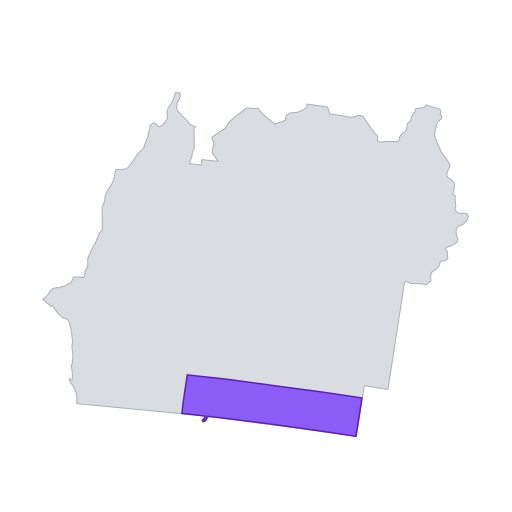 Halfa, Northern, Sudan (highlighted), rotated 187°
{"feature_id": "16777658B39778167930026", "entity_name": "Halfa", "entity_type": "district", "adm_level": 2, "iso_a3": "SDN", "parent_name": "Sudan", "parent_adm1": "Northern", "projection": "orthographic", "projection_center": [30.005, 21.349], "detail": "fine", "context": "in_parent", "style": "filled", "palette": "violet", "viewbox_px": 512, "rotation_deg": 187, "n_neighbors": 0, "source": "geoboundaries", "source_scale": "gbopen_adm2", "svg_char_len": 4587}
<svg xmlns="http://www.w3.org/2000/svg" viewBox="0 0 512 512"><g transform="rotate(187 256 256)"><path d="M356.1,408.4L351.4,408.5L350.9,407.4L350.9,404.4L351.4,402.1L353.1,398.4L352.7,396.5L352.9,393.6L351.6,390.4L340.2,381.4L338.0,378.9L331.9,376.7L333.0,374.1L330.3,355.1L331.5,352.8L331.8,349.5L331.7,346.6L333.1,341.7L333.2,339.6L321.3,339.7L321.2,341.8L321.8,344.1L321.7,345.0L305.1,345.4L311.9,352.8L312.2,356.0L311.8,360.1L311.9,362.7L312.3,364.4L314.2,367.7L314.0,368.4L313.6,369.2L301.9,379.3L299.9,383.9L298.4,386.3L294.9,390.4L284.2,401.1L282.4,401.9L274.1,402.3L273.3,402.5L272.7,403.0L272.3,402.9L265.2,396.7L253.4,389.3L245.5,393.1L243.3,394.6L243.3,398.2L242.1,400.0L240.0,402.0L234.2,403.2L231.1,404.3L227.5,406.3L224.0,409.7L223.7,411.4L224.1,413.0L204.0,412.7L202.7,411.5L199.8,405.8L197.8,406.2L179.5,405.2L176.9,405.7L171.6,407.9L169.0,408.2L166.3,407.1L156.8,395.9L154.8,394.5L152.6,391.8L150.6,390.6L149.9,389.8L149.7,388.6L149.8,386.2L149.1,384.6L147.6,384.2L134.7,386.4L132.9,386.1L130.2,386.5L129.3,386.9L128.1,388.3L127.9,391.3L127.5,392.8L126.5,394.5L122.8,398.1L122.0,399.7L122.1,403.8L121.8,405.9L121.2,406.8L119.6,408.3L119.0,409.2L118.3,414.5L116.2,417.6L115.7,418.7L115.6,421.0L115.3,421.7L109.4,423.3L107.2,424.4L105.8,426.1L105.5,426.9L103.0,426.1L99.8,425.5L93.8,424.7L91.4,423.8L90.2,422.5L90.6,419.3L90.1,418.6L89.1,418.0L88.5,416.6L88.6,415.0L91.9,411.4L92.6,409.5L93.6,400.3L93.4,397.4L91.0,392.1L85.4,382.9L84.0,381.1L76.9,373.4L76.1,372.2L74.4,369.0L76.5,362.3L76.6,360.4L76.2,358.4L74.4,356.9L72.8,356.6L70.7,354.7L69.3,353.8L68.1,352.1L67.3,349.8L68.1,341.7L67.7,340.6L65.9,340.3L65.5,339.7L65.6,338.1L64.7,333.5L63.7,329.6L64.4,327.5L62.9,324.6L60.0,323.2L54.2,323.8L52.5,323.6L51.2,323.0L50.4,321.9L50.0,320.6L50.5,318.7L52.2,315.4L54.3,312.7L58.6,310.3L59.7,309.0L60.4,307.5L60.5,305.7L60.3,303.9L59.9,302.2L58.8,299.9L57.7,297.2L57.8,295.4L58.3,294.2L59.5,292.7L63.7,289.9L68.0,287.6L68.7,286.8L68.5,285.7L66.6,283.5L66.1,279.5L65.2,276.7L67.4,274.7L69.0,274.0L71.4,273.5L72.4,272.7L72.7,271.0L72.7,269.4L73.6,268.3L74.9,265.8L75.9,264.6L79.2,261.8L80.0,259.9L80.2,258.1L79.5,252.4L81.5,250.1L83.9,248.2L87.2,248.5L92.5,248.3L96.1,247.7L98.7,247.8L104.4,249.1L105.1,248.6L105.4,247.2L108.8,139.6L132.4,140.4L132.7,140.3L134.4,89.3L282.0,91.1L283.2,90.9L285.5,86.1L286.5,85.8L288.0,86.0L288.5,87.1L287.3,91.0L415.9,87.6L416.4,93.4L417.7,98.0L421.6,104.5L424.9,108.0L426.1,109.9L426.2,110.8L426.1,111.7L425.1,110.7L423.5,110.1L423.4,113.3L424.5,119.6L426.0,124.0L425.2,128.2L425.6,135.2L427.7,143.5L427.6,148.9L430.8,161.3L433.7,168.1L435.2,169.8L436.9,170.6L440.1,171.0L444.8,174.3L448.6,177.9L450.0,179.8L451.9,181.8L453.1,181.4L453.8,180.8L455.1,182.4L461.1,185.8L462.0,187.5L460.0,189.3L457.7,192.4L456.6,195.2L456.1,196.1L454.2,197.9L453.9,198.7L453.1,199.3L452.2,199.4L450.2,200.4L448.4,200.2L446.6,200.8L446.0,201.5L444.6,202.1L442.7,202.5L439.7,205.0L437.1,206.2L436.2,207.2L435.0,211.8L434.1,213.1L430.1,213.4L428.2,213.9L425.6,213.5L424.3,213.6L424.0,214.6L423.7,218.5L423.8,220.2L421.7,224.8L422.7,233.1L420.7,239.5L420.5,240.9L418.5,246.0L417.4,247.9L414.9,257.3L413.9,260.2L411.7,263.3L414.7,285.4L412.9,292.3L413.1,296.0L411.9,301.5L410.8,304.1L409.1,307.2L407.7,310.7L406.5,315.2L405.8,323.8L405.4,324.6L398.3,325.9L396.1,326.6L394.6,327.6L392.8,329.8L389.3,335.9L387.5,339.7L384.6,344.8L381.1,348.4L380.4,350.2L379.9,353.4L378.7,358.5L377.6,362.2L377.9,365.0L376.8,370.1L377.0,372.6L375.8,374.0L374.2,375.3L373.1,375.7L368.0,372.4L364.5,374.9L362.4,378.2L360.7,381.5L361.8,388.4L361.7,389.9L361.3,391.6L358.0,398.5L357.1,401.6L356.1,407.1L356.1,408.4Z" fill="#d9dde1" stroke="#a8b0b8" stroke-width="1"/><path d="M310.4,90.7L295.0,90.9L293.9,90.9L286.7,90.9L286.8,90.1L287.0,89.5L287.3,89.0L287.3,88.9L287.8,88.0L288.7,87.1L289.2,86.2L288.7,85.8L288.5,85.3L288.2,85.1L287.0,86.1L286.8,86.2L286.7,86.3L286.0,87.2L285.9,87.3L285.3,88.3L285.1,89.5L284.6,90.9L284.3,91.0L274.5,91.1L264.8,91.1L255.1,91.1L245.7,91.1L236.1,91.0L226.6,91.0L217.0,90.9L207.6,90.8L204.2,90.8L202.7,90.7L198.1,90.7L188.4,90.5L178.7,90.3L169.1,90.1L159.5,89.9L150.0,89.6L140.6,89.4L138.5,89.3L136.3,89.2L134.9,89.2L134.6,95.6L134.4,102.6L134.1,109.6L133.9,116.6L133.7,123.4L133.6,128.0L167.9,128.9L260.0,130.0L260.7,130.1L260.9,130.1L261.0,130.1L263.3,130.1L271.1,130.1L308.9,129.6L309.7,129.6L309.9,123.2L310.0,119.4L310.1,117.0L310.3,109.1L310.3,108.4L310.3,108.1L310.3,107.8L310.3,107.5L310.4,102.8L310.4,98.5L310.4,98.2L310.4,94.4L310.4,93.1L310.4,92.8L310.4,91.1L310.4,90.7L310.4,90.7Z" fill="#8b5cf6" stroke="#5b21b6" stroke-width="1.5"/></g></svg>